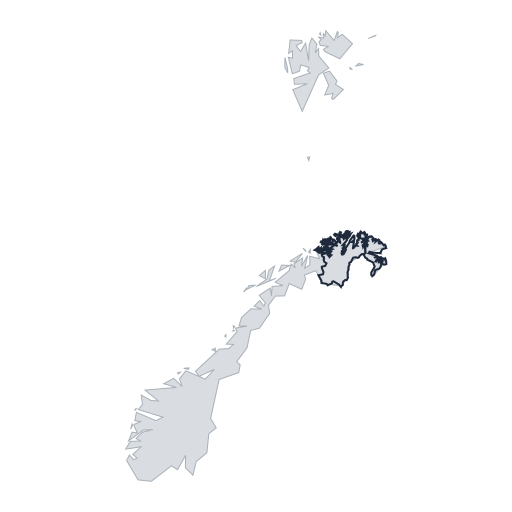 where Finnmark sits in Norway
{"feature_id": "NOR-1062", "entity_name": "Finnmark", "entity_type": "County", "adm_level": 1, "iso_a3": "NOR", "parent_name": "Norway", "parent_adm1": "", "projection": "orthographic", "projection_center": [25.614, 69.86], "detail": "fine", "context": "in_parent", "style": "outline", "palette": "slate", "viewbox_px": 512, "rotation_deg": 0, "n_neighbors": 0, "source": "natural_earth", "source_scale": "10m", "svg_char_len": 9735}
<svg xmlns="http://www.w3.org/2000/svg" viewBox="0 0 512 512"><path d="M316.0,270.6L304.3,275.1L305.7,279.0L301.8,289.3L289.2,283.6L284.6,295.9L275.3,296.1L268.5,305.3L269.6,313.5L259.4,328.2L250.7,330.5L247.0,347.9L236.8,361.6L240.2,364.9L238.7,372.6L219.1,379.5L210.6,418.5L216.2,427.8L208.8,433.8L206.9,452.8L196.2,461.6L192.9,475.2L185.4,467.8L185.6,455.3L177.5,469.7L171.4,465.8L151.4,481.3L138.1,479.9L126.6,460.5L129.4,455.1L133.6,459.7L137.1,458.0L132.8,454.4L141.0,446.8L125.7,449.1L130.2,441.4L140.6,441.0L136.0,438.4L142.4,432.3L152.7,429.5L143.3,430.1L128.6,440.9L132.1,432.1L137.2,433.0L133.7,424.6L140.4,421.5L134.8,420.7L136.4,412.3L155.8,420.7L162.9,417.1L138.3,409.6L142.5,404.4L141.2,395.1L151.0,400.5L158.4,401.0L145.1,390.1L176.5,387.4L163.7,383.7L173.7,378.4L182.1,386.5L179.5,378.8L185.9,370.8L205.3,379.1L214.3,369.4L199.0,376.4L195.5,371.2L219.2,349.2L228.8,348.6L233.4,344.4L226.3,344.1L237.1,331.6L235.6,328.1L247.0,326.1L239.0,326.0L241.5,317.5L250.9,308.9L261.9,309.1L254.2,306.2L259.6,300.6L263.9,306.2L265.3,302.7L259.2,295.3L270.2,288.1L271.5,295.8L272.1,286.4L283.0,285.6L275.2,282.2L289.2,270.6L291.2,264.0L295.3,267.9L293.9,263.9L302.6,258.0L301.5,266.2L307.6,255.5L304.8,268.3L309.9,264.8L309.7,256.3L319.6,258.7L315.6,249.9L325.4,247.4L329.9,256.0L340.6,234.2L347.7,238.4L342.4,253.6L352.8,236.3L353.6,247.1L356.4,244.8L360.4,232.3L366.0,234.5L362.8,241.1L365.5,241.2L365.3,250.2L369.2,236.8L385.2,246.9L369.7,252.2L376.9,260.4L386.2,261.7L372.4,276.3L374.6,266.5L372.9,262.3L362.2,254.3L350.0,262.6L347.6,277.7L341.3,286.2L321.5,282.9L316.0,270.6ZM311.9,38.1L317.0,44.2L315.2,52.8L318.6,48.6L318.8,55.9L328.8,68.0L318.6,74.8L302.2,111.4L292.8,89.7L307.4,83.7L294.4,84.3L293.7,78.6L310.2,72.9L307.4,70.7L309.3,67.5L300.8,64.9L299.4,71.3L292.3,73.7L288.4,57.3L292.5,58.2L292.5,50.8L288.7,53.4L290.1,40.0L301.7,40.4L302.1,42.6L296.1,45.6L300.5,51.4L305.6,43.2L308.6,60.7L309.1,45.0L311.9,38.1ZM325.7,30.7L334.2,40.5L337.3,31.6L338.3,32.7L337.4,37.7L342.2,34.3L352.5,43.7L339.8,58.8L325.0,51.7L323.5,49.4L328.1,46.4L320.3,45.4L318.9,41.7L321.4,39.7L318.3,37.0L323.4,38.2L323.3,33.6L325.2,36.0L325.7,30.7ZM329.5,71.1L337.0,81.0L335.4,84.3L343.3,89.5L333.2,99.5L331.5,98.5L333.0,93.5L324.7,95.0L328.7,85.4L323.4,73.2L329.5,71.1ZM269.4,280.7L276.0,278.3L256.3,286.5L266.9,279.1L269.0,270.1L274.6,266.0L269.4,280.7ZM281.5,265.1L289.6,265.5L279.1,271.1L281.5,265.1ZM290.1,261.0L302.5,253.4L295.4,262.2L290.1,261.0ZM284.9,57.5L287.6,68.4L287.8,72.9L284.8,67.1L284.9,57.5ZM265.4,270.4L265.4,278.8L259.3,275.6L265.4,270.4ZM331.2,238.1L326.6,243.9L320.8,241.1L327.7,240.3L331.2,238.1ZM331.8,242.4L329.6,249.3L327.1,247.3L331.8,242.4ZM248.7,285.7L255.5,285.1L247.4,289.0L248.7,285.7ZM375.6,35.8L368.2,38.5L375.8,35.3L375.6,35.8ZM358.5,63.5L363.5,64.5L356.0,66.0L358.5,63.5ZM344.5,233.7L348.9,232.2L350.3,233.6L344.5,233.7ZM334.8,240.7L333.7,244.4L332.7,241.2L334.8,240.7ZM310.5,249.5L310.1,253.3L308.5,251.8L310.5,249.5ZM309.7,156.9L308.8,160.4L307.4,157.3L309.7,156.9ZM352.4,69.4L350.1,69.0L349.9,67.6L352.4,69.4ZM215.1,348.1L215.8,351.4L212.1,349.8L215.1,348.1ZM302.9,248.1L305.0,249.7L306.1,251.9L302.9,248.1ZM320.2,32.7L320.8,35.1L319.6,34.1L320.2,32.7ZM188.4,369.3L183.7,368.3L189.0,367.9L188.4,369.3ZM180.5,372.2L178.1,374.1L177.7,372.6L180.5,372.2ZM246.2,289.6L243.5,292.0L246.8,287.7L246.2,289.6ZM132.5,425.5L130.7,429.1L132.0,424.0L132.5,425.5ZM233.7,328.4L233.2,325.8L234.6,326.2L233.7,328.4ZM377.8,256.9L377.4,259.9L377.2,259.4L377.8,256.9ZM234.4,330.9L231.9,330.9L235.1,330.4L234.4,330.9ZM226.0,334.7L225.8,337.1L224.7,336.0L226.0,334.7ZM136.5,408.7L134.6,410.6L135.5,408.8L136.5,408.7Z" fill="#d9dde1" stroke="#a8b0b8" stroke-width="1"/><path d="M372.3,276.2L371.2,274.9L371.3,272.5L374.7,266.6L373.0,262.4L367.3,259.7L367.1,258.6L365.4,257.8L363.3,254.1L361.6,254.2L359.2,256.5L359.1,257.3L357.5,257.9L355.8,257.2L353.1,257.7L350.9,262.1L349.5,262.6L349.2,263.4L349.5,264.8L348.6,266.3L348.3,268.5L348.6,269.5L347.9,270.8L347.5,272.8L347.8,274.6L347.6,276.2L348.0,277.6L346.7,280.2L345.2,280.0L343.3,281.5L342.9,282.5L342.8,285.1L341.4,286.0L341.0,287.0L339.1,284.6L333.5,281.3L332.3,281.6L331.9,283.4L327.6,285.3L326.7,283.9L321.5,283.0L321.4,280.6L318.4,275.2L323.0,274.3L323.5,272.0L321.9,268.4L321.8,266.7L325.2,265.9L326.5,263.3L324.3,261.8L323.6,259.7L324.1,258.8L323.8,258.3L324.0,257.2L322.3,256.4L321.0,251.8L319.2,252.9L317.4,251.0L314.7,250.0L316.2,249.1L316.5,250.5L316.9,248.4L317.3,248.1L319.2,252.0L319.2,250.8L319.5,250.7L318.9,249.6L320.5,248.2L320.2,249.1L321.0,248.6L321.1,250.2L321.4,249.9L321.4,249.1L322.6,249.1L322.1,250.4L322.3,251.7L321.9,252.3L322.1,252.4L324.2,252.7L322.6,251.7L323.2,249.8L327.3,251.1L326.2,252.9L323.3,253.4L322.1,254.4L326.4,253.2L327.6,252.4L327.5,254.7L328.3,254.9L328.4,256.1L328.0,256.5L329.6,255.7L329.7,256.8L331.3,255.2L329.5,254.8L328.7,253.6L330.2,253.0L330.4,252.7L329.7,252.0L330.6,251.5L329.3,251.0L331.4,250.5L329.8,250.1L332.1,249.2L331.0,248.8L331.4,247.8L334.4,244.8L337.5,246.1L335.7,244.2L336.9,242.8L337.6,241.0L340.2,242.6L340.2,241.6L339.7,240.6L336.9,239.0L337.1,237.8L338.0,237.2L339.6,239.1L339.5,237.4L340.3,237.1L339.5,236.7L339.2,235.8L339.8,235.5L339.5,235.0L340.7,235.1L341.3,236.0L341.0,236.4L342.1,236.3L342.0,235.2L342.5,235.0L342.6,236.0L341.6,237.1L342.7,237.6L343.3,236.2L343.9,237.4L343.9,238.9L344.6,238.5L345.0,236.9L344.6,235.5L344.8,235.0L346.0,236.1L345.3,237.9L346.9,236.7L347.6,237.5L348.7,237.2L346.7,239.5L346.9,240.1L346.6,240.6L342.7,245.1L344.2,245.0L343.9,245.5L342.6,245.4L344.2,246.1L343.9,246.3L344.0,247.6L342.7,248.2L343.6,249.1L341.9,251.0L341.7,252.5L341.6,253.7L342.1,254.6L342.3,254.6L342.2,253.1L342.8,252.6L342.6,253.2L343.1,253.2L342.7,253.7L343.2,254.2L343.9,253.8L346.0,249.6L345.3,248.6L349.2,242.9L349.8,240.6L353.6,235.5L354.4,235.9L354.4,236.8L354.0,237.6L354.6,238.0L354.2,240.1L351.7,242.0L354.0,242.1L353.4,244.8L353.5,245.7L353.1,246.3L353.0,248.1L354.0,247.7L353.9,247.0L354.8,246.7L355.2,245.6L357.3,245.7L356.3,244.5L356.5,243.8L356.3,243.7L357.0,242.6L358.4,243.2L357.2,242.0L357.5,241.2L357.0,240.7L357.2,240.2L358.7,239.8L358.4,239.1L358.6,238.1L360.8,238.4L359.7,238.0L360.1,237.5L359.1,236.9L359.2,236.1L357.7,236.6L357.2,236.0L357.2,235.4L358.7,235.5L357.9,234.4L358.0,233.7L359.6,234.1L360.2,235.2L360.3,233.8L360.0,233.6L359.9,232.6L360.7,231.5L361.2,231.9L361.3,232.9L362.4,233.3L363.5,232.6L363.8,233.2L364.5,232.2L365.0,232.8L364.7,234.4L367.1,234.5L366.8,236.3L366.0,236.4L366.5,236.9L365.8,237.3L366.0,237.8L365.0,237.7L365.6,238.1L365.3,238.4L361.8,238.7L362.3,239.1L361.9,239.7L362.8,239.1L364.4,239.8L361.1,242.7L365.7,240.4L365.3,242.3L362.6,245.3L362.9,246.4L363.3,245.1L365.0,244.7L364.0,246.0L364.7,245.5L364.7,246.1L366.1,244.4L365.0,247.3L365.2,252.7L364.2,254.1L365.4,253.1L365.6,251.8L365.3,249.5L365.5,247.0L366.5,244.9L367.4,245.8L367.7,244.5L366.5,243.5L367.2,240.9L368.0,240.8L367.2,239.9L367.4,239.3L369.0,236.6L371.0,236.3L370.9,236.8L372.0,236.8L373.4,238.2L372.7,239.2L373.6,239.3L372.9,239.6L373.2,239.9L372.7,240.5L372.9,241.1L375.5,239.0L376.1,239.3L376.2,240.1L375.6,241.7L378.5,239.5L379.2,240.1L378.5,240.8L380.4,241.8L378.9,242.9L379.2,243.3L378.0,243.3L379.2,243.5L381.5,242.5L383.8,245.3L384.9,244.6L385.9,246.3L385.7,247.2L386.2,248.1L382.4,249.2L381.3,250.6L381.2,251.8L379.6,252.9L379.9,253.2L372.9,252.6L368.7,251.5L369.5,251.8L368.6,253.1L370.3,253.2L369.4,253.5L376.6,255.6L374.3,258.1L375.5,256.9L377.1,256.9L377.4,258.4L375.6,261.3L375.9,261.3L375.5,262.3L376.8,260.7L379.4,259.6L379.6,259.7L378.8,261.2L378.8,261.5L379.7,260.4L380.7,261.4L380.0,260.0L380.7,259.6L380.3,258.8L380.2,257.3L381.1,257.1L381.4,257.5L381.0,258.0L382.1,258.2L382.3,261.0L381.8,261.6L382.6,261.5L382.4,258.6L382.7,258.4L384.3,258.5L384.5,259.3L385.3,258.5L386.2,261.3L386.3,264.1L385.2,264.6L383.4,264.5L381.1,262.5L380.3,262.6L381.0,263.1L381.2,264.2L380.6,266.7L379.4,268.5L375.2,270.1L374.2,274.6L372.3,276.2ZM324.7,244.6L322.8,244.5L322.7,243.7L321.7,245.1L322.6,243.0L322.4,242.8L323.1,242.1L321.0,242.4L320.8,242.3L321.3,241.6L320.4,241.2L322.4,241.7L322.7,240.8L323.7,241.9L323.6,240.1L324.3,240.9L324.7,240.0L325.5,240.7L325.0,241.4L325.7,241.2L325.9,242.5L326.1,241.6L326.7,241.6L326.0,239.4L327.4,239.9L327.2,240.6L327.7,241.3L328.2,240.0L329.3,239.8L328.3,238.6L328.8,238.4L328.5,238.1L330.4,238.9L330.3,237.1L330.5,237.0L331.5,238.5L330.8,238.8L331.3,239.1L330.4,239.5L329.9,241.0L329.1,240.7L328.9,241.2L329.2,241.5L329.0,242.0L328.3,242.1L328.7,242.4L328.5,243.0L327.0,243.1L327.4,243.5L326.3,244.2L325.3,243.3L324.7,244.6ZM332.5,244.9L332.0,246.8L329.1,249.5L328.2,249.1L328.7,246.7L327.9,248.2L326.6,246.7L327.3,246.8L327.4,246.5L327.0,245.8L327.9,244.9L329.4,244.5L329.1,243.8L329.7,244.1L329.8,245.4L330.0,243.8L331.7,244.0L330.7,242.4L332.0,242.5L332.0,244.3L332.5,244.9ZM349.0,234.4L350.8,233.7L349.8,235.0L347.4,235.0L347.5,235.7L346.1,236.0L345.2,234.8L346.2,234.1L344.3,233.8L344.7,233.0L344.5,232.9L345.5,232.9L345.6,232.2L347.3,233.3L346.1,231.4L346.9,230.9L347.9,231.1L347.9,232.4L349.5,231.9L349.2,233.0L348.5,233.3L349.0,233.6L348.8,234.2L349.0,234.4ZM334.9,240.6L335.9,242.5L335.7,243.2L333.6,244.7L332.5,242.8L332.8,241.4L332.5,240.8L333.0,239.6L333.8,239.6L333.9,240.6L334.9,240.6ZM327.0,249.0L327.7,250.1L323.6,249.1L323.1,248.2L323.5,247.6L324.0,248.4L323.9,247.2L325.3,246.9L325.6,248.2L325.9,247.0L326.4,248.3L327.3,248.5L327.0,249.0ZM379.2,258.4L379.9,258.4L377.1,260.0L377.8,258.4L377.8,256.8L378.9,257.1L379.2,258.4ZM335.7,235.1L336.9,235.3L335.5,236.1L334.6,235.2L335.5,234.8L334.4,234.4L335.0,233.7L336.8,234.4L335.7,235.1ZM318.6,246.9L318.9,248.1L318.1,249.4L318.2,247.2L318.6,246.9ZM341.1,232.4L340.6,233.8L339.6,233.2L340.4,232.9L340.3,232.1L341.1,232.4Z" fill="none" stroke="#1e293b" stroke-width="2"/></svg>